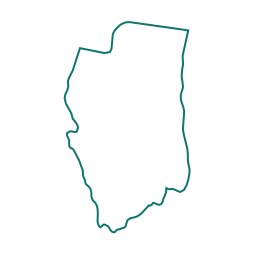 the Province of Bukidnon, rotated 7°
{"feature_id": "PHL-2589", "entity_name": "Bukidnon", "entity_type": "Province", "adm_level": 1, "iso_a3": "PHL", "parent_name": "Philippines", "parent_adm1": "", "projection": "natural_earth1", "projection_center": [125.004, 7.993], "detail": "fine", "context": "isolated", "style": "outline", "palette": "teal", "viewbox_px": 256, "rotation_deg": 7, "n_neighbors": 0, "source": "natural_earth", "source_scale": "10m", "svg_char_len": 1825}
<svg xmlns="http://www.w3.org/2000/svg" viewBox="0 0 256 256"><g transform="rotate(7 128 128)"><path d="M162.4,23.5L175.9,23.8L173.4,49.7L174.9,58.0L174.6,64.3L175.0,70.3L176.7,76.8L177.6,80.3L177.3,83.3L176.7,86.2L176.4,89.6L177.1,93.7L180.6,101.2L181.8,105.1L182.6,122.1L184.0,127.2L189.5,141.6L190.6,146.8L191.3,152.6L192.0,155.2L193.9,160.8L194.3,163.1L194.5,165.5L194.1,172.3L193.1,177.8L191.1,182.6L187.9,185.0L186.2,184.9L181.9,183.5L180.0,183.1L178.4,183.3L176.9,183.6L175.4,183.7L173.4,183.0L173.6,187.0L172.9,190.2L171.9,193.4L171.2,197.4L170.7,198.7L170.0,199.6L168.9,200.2L167.7,200.4L166.5,200.2L163.2,199.3L162.3,199.2L161.6,199.7L161.3,200.4L161.0,201.1L160.7,201.6L159.4,202.3L158.2,202.8L158.0,202.5L151.5,211.5L148.5,214.2L145.9,215.6L140.9,217.6L139.1,219.1L138.4,220.8L137.7,225.3L136.7,227.2L135.0,228.0L133.2,228.6L132.8,229.3L129.5,230.3L128.6,231.4L127.9,232.6L126.7,233.3L125.1,233.0L122.6,231.1L120.6,228.2L117.6,227.0L116.4,226.7L115.2,227.0L114.1,228.5L112.6,229.9L111.1,228.8L109.9,226.7L109.3,225.0L109.0,223.2L108.5,216.6L107.7,212.2L107.0,210.0L106.0,208.0L104.5,206.2L103.1,205.1L101.7,203.8L100.4,201.5L99.9,199.9L99.5,196.5L98.9,194.7L98.2,193.3L97.4,192.1L96.3,191.1L93.1,188.8L92.4,187.7L92.1,186.4L91.3,184.5L89.5,181.5L89.1,180.3L88.2,175.4L83.3,165.9L76.7,156.3L75.8,155.6L73.3,154.7L72.3,153.7L71.7,152.0L71.4,150.3L71.3,148.6L71.0,147.2L68.2,142.5L68.2,140.4L69.7,139.3L71.0,138.3L73.1,138.2L75.7,138.6L77.6,137.7L78.3,133.8L77.5,131.5L75.9,129.3L72.0,125.5L70.0,120.4L63.4,111.4L61.5,106.1L61.6,102.9L63.2,97.4L63.7,94.4L63.4,92.5L62.9,90.4L62.7,88.0L63.4,85.4L66.1,77.8L70.6,54.6L95.4,56.5L100.8,54.8L102.0,51.3L101.5,36.8L102.6,33.5L104.6,30.3L106.9,27.5L109.2,25.4L109.3,25.4L113.1,23.3L117.1,22.7L162.4,23.5L162.4,23.5Z" fill="none" stroke="#0f766e" stroke-width="2"/></g></svg>